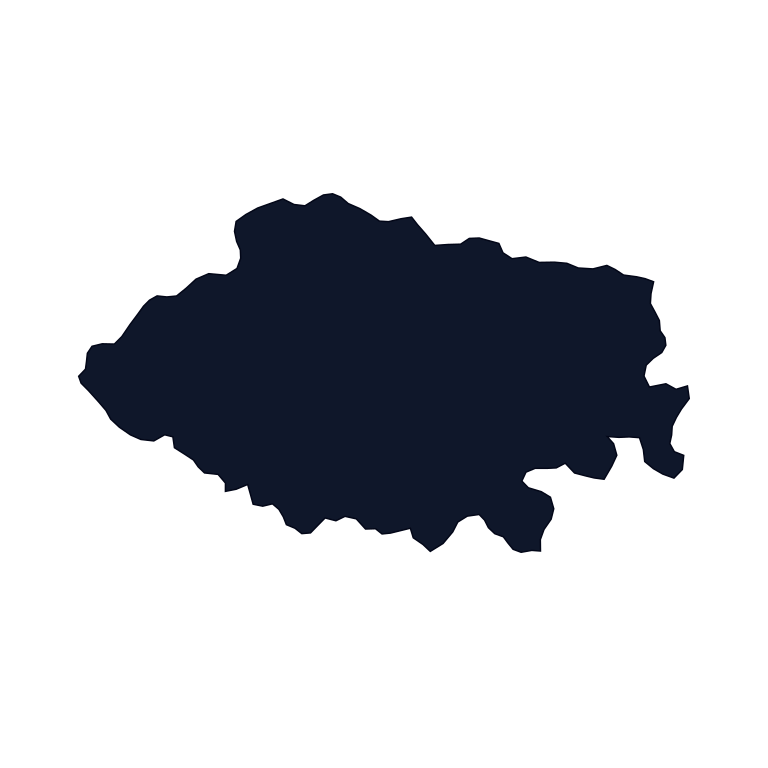 São José da Varginha, Minas Gerais, Brazil (Natural Earth projection), rotated 72°
{"feature_id": "56859067B73320463748486", "entity_name": "São José da Varginha", "entity_type": "district", "adm_level": 2, "iso_a3": "BRA", "parent_name": "Brazil", "parent_adm1": "Minas Gerais", "projection": "natural_earth1", "projection_center": [-44.552, -19.7], "detail": "fine", "context": "isolated", "style": "filled", "palette": "ink", "viewbox_px": 768, "rotation_deg": 72, "n_neighbors": 0, "source": "geoboundaries", "source_scale": "gbopen_adm2", "svg_char_len": 2303}
<svg xmlns="http://www.w3.org/2000/svg" viewBox="0 0 768 768"><g transform="rotate(72 384 384)"><path d="M542.6,204.1L532.5,192.8L523.7,184.6L511.7,184.1L502.9,188.0L507.3,177.1L510.1,167.1L514.0,157.6L526.5,157.6L538.3,160.0L547.8,153.9L555.8,146.7L563.1,137.3L557.5,126.7L544.5,121.0L538.1,128.8L528.9,130.6L521.4,126.2L513.3,123.0L506.1,116.2L499.7,108.8L492.2,98.2L479.6,96.0L479.3,107.9L470.9,115.8L468.9,132.5L456.8,134.3L447.1,128.8L442.8,120.1L439.9,110.1L434.3,104.0L426.7,102.5L418.7,104.9L408.7,102.5L399.5,104.0L389.8,105.8L380.5,102.1L370.1,96.0L364.5,103.1L360.1,110.6L354.4,122.5L346.5,128.8L340.1,135.4L339.1,149.7L333.7,163.4L325.7,172.8L320.8,184.3L316.3,198.9L307.1,209.8L304.4,223.5L296.0,230.3L285.8,231.3L279.9,240.3L274.6,248.3L271.9,257.9L274.7,267.9L271.1,280.1L267.9,292.9L254.1,298.1L242.9,302.9L233.8,306.2L232.1,316.7L231.0,329.5L227.7,338.0L219.4,344.1L209.7,352.8L201.3,362.3L192.9,367.4L187.2,374.1L185.5,383.2L187.6,394.1L190.1,404.1L185.5,414.1L176.8,422.9L177.2,436.3L177.6,449.8L180.1,462.9L183.7,474.4L192.6,479.0L202.9,480.1L212.1,479.2L220.1,481.4L228.7,488.1L231.8,500.5L224.9,516.6L226.2,530.4L231.8,542.6L236.2,554.1L234.1,563.6L230.1,572.6L231.8,581.1L235.7,588.7L241.0,595.9L249.0,607.2L257.9,618.7L262.7,628.1L258.7,639.6L257.9,650.0L263.1,656.6L270.7,660.0L277.6,663.3L282.3,672.0L289.6,671.8L298.7,667.2L312.4,661.1L323.2,656.6L332.9,654.8L343.4,649.0L354.0,640.9L361.6,632.4L367.0,620.5L364.5,608.3L369.0,601.1L379.8,603.0L389.0,595.4L397.4,588.7L405.4,586.3L413.1,582.2L418.7,569.7L429.2,565.4L437.1,568.0L438.4,557.1L437.4,544.7L447.6,545.1L457.9,545.6L462.7,537.1L463.5,527.1L470.7,522.7L479.2,520.8L487.6,520.3L493.7,513.2L500.9,508.4L502.9,499.9L498.4,491.4L493.2,481.4L499.2,472.0L497.8,462.0L503.7,452.0L516.2,446.4L519.0,436.8L526.0,432.2L527.8,423.9L528.5,414.4L529.3,403.5L539.3,403.7L548.7,396.5L557.5,391.7L553.9,377.1L545.9,364.3L538.1,356.5L535.4,345.6L537.5,333.8L544.5,330.4L552.9,329.1L560.6,324.9L566.2,317.7L573.4,315.3L581.1,312.3L586.4,305.6L587.9,294.9L591.2,286.8L580.3,283.4L571.8,276.8L564.2,266.8L555.1,261.1L543.1,260.7L535.0,267.7L527.3,278.8L518.9,282.9L511.7,276.2L510.9,266.4L514.5,255.3L517.0,246.1L515.3,236.1L527.5,230.3L533.9,220.3L538.3,213.1L542.6,204.1Z" fill="#0f172a" stroke="#020617" stroke-width="1.5"/></g></svg>